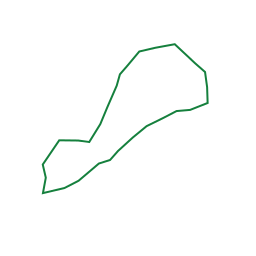 Askas, Nicosia, Cyprus, rotated 206°
{"feature_id": "46923920B4634103005126", "entity_name": "Askas", "entity_type": "district", "adm_level": 2, "iso_a3": "CYP", "parent_name": "Cyprus", "parent_adm1": "Nicosia", "projection": "equal_earth", "projection_center": [33.082, 34.945], "detail": "fine", "context": "isolated", "style": "outline", "palette": "green", "viewbox_px": 256, "rotation_deg": 206, "n_neighbors": 0, "source": "geoboundaries", "source_scale": "gbopen_adm2", "svg_char_len": 497}
<svg xmlns="http://www.w3.org/2000/svg" viewBox="0 0 256 256"><g transform="rotate(206 128 128)"><path d="M175.9,32.2L158.8,46.2L149.3,58.9L138.6,83.3L130.1,91.4L126.9,103.0L119.5,121.6L112.1,137.8L100.4,152.9L91.8,164.5L80.1,171.5L67.4,185.4L74.8,199.4L83.3,212.1L96.1,215.6L122.7,223.8L138.6,212.1L151.4,201.7L155.7,184.3L158.8,172.7L156.7,161.1L155.7,137.8L154.6,119.3L156.7,98.4L167.3,94.9L184.4,86.8L188.6,57.8L180.1,47.3L175.9,32.2Z" fill="none" stroke="#15803d" stroke-width="2"/></g></svg>